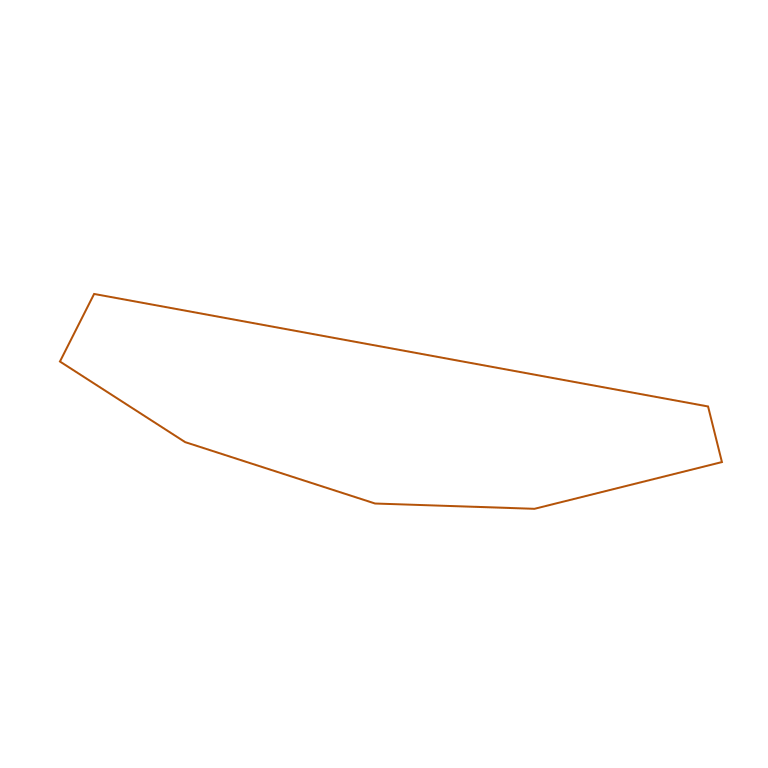 an SVG outline of Penrhyn, rotated 346°
{"feature_id": "COK-4962", "entity_name": "Penrhyn", "entity_type": "state/province", "adm_level": 1, "iso_a3": "COK", "parent_name": "Cook Islands", "parent_adm1": "", "projection": "orthographic", "projection_center": [-157.971, -8.964], "detail": "fine", "context": "isolated", "style": "outline", "palette": "amber", "viewbox_px": 768, "rotation_deg": 346, "n_neighbors": 0, "source": "natural_earth", "source_scale": "10m", "svg_char_len": 261}
<svg xmlns="http://www.w3.org/2000/svg" viewBox="0 0 768 768"><g transform="rotate(346 384 384)"><path d="M693.0,541.5L499.8,541.5L346.4,497.8L177.0,392.3L75.0,283.8L124.5,226.5L693.0,484.2L693.0,541.5Z" fill="none" stroke="#b45309" stroke-width="2"/></g></svg>